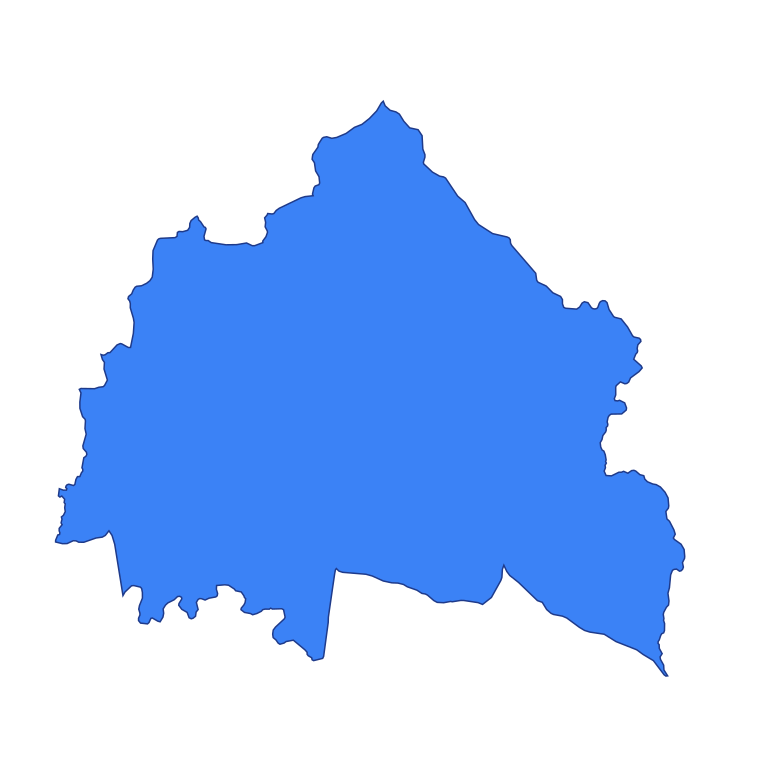 the district of Kaloleni, Coast, Kenya, rotated 185°
{"feature_id": "3690345B39012511095910", "entity_name": "Kaloleni", "entity_type": "district", "adm_level": 2, "iso_a3": "KEN", "parent_name": "Kenya", "parent_adm1": "Coast", "projection": "orthographic", "projection_center": [39.512, -3.773], "detail": "fine", "context": "isolated", "style": "filled", "palette": "blue", "viewbox_px": 768, "rotation_deg": 185, "n_neighbors": 0, "source": "geoboundaries", "source_scale": "gbopen_adm2", "svg_char_len": 6117}
<svg xmlns="http://www.w3.org/2000/svg" viewBox="0 0 768 768"><g transform="rotate(185 384 384)"><path d="M76.0,118.0L80.2,123.5L80.9,128.3L84.6,133.8L85.2,136.2L83.4,139.6L86.7,144.6L87.2,148.4L88.4,149.5L88.4,151.4L87.5,153.0L86.4,157.7L85.5,159.5L83.7,160.5L83.1,162.8L83.6,169.8L84.9,172.9L84.7,174.7L85.7,178.8L85.4,181.0L83.2,186.2L81.3,188.6L81.2,192.7L82.9,200.3L81.9,205.9L81.8,218.9L80.4,223.5L78.9,224.6L76.4,225.1L73.3,223.3L71.8,223.8L70.4,225.4L69.8,227.7L71.1,232.1L69.4,236.5L69.4,238.5L70.6,245.3L74.1,250.3L81.1,254.4L82.3,255.8L80.8,259.8L82.5,264.0L87.6,272.1L90.4,274.3L92.1,281.6L89.9,285.1L89.7,287.4L91.1,295.3L94.6,300.7L99.7,305.5L104.1,307.5L107.5,307.8L113.1,309.6L115.9,312.0L117.2,315.3L121.2,316.0L125.6,319.2L127.5,319.8L129.8,319.3L133.3,316.4L137.7,317.9L139.8,316.8L142.3,316.6L149.4,312.3L154.8,312.2L157.1,316.4L156.1,319.9L156.7,322.3L155.6,324.6L156.5,326.0L156.1,327.7L157.4,332.8L159.1,336.3L161.0,337.3L162.6,340.1L163.5,344.4L162.0,347.6L161.5,351.7L159.0,355.6L158.6,357.5L158.9,360.0L157.6,361.7L157.5,363.4L158.4,365.7L157.9,370.3L156.8,372.4L155.1,373.8L144.6,374.9L140.4,379.2L140.3,381.3L142.6,386.2L147.9,388.3L149.8,387.5L152.4,387.6L153.3,389.4L152.2,393.3L152.9,401.1L152.5,402.6L148.7,406.7L144.1,405.2L142.2,405.7L140.4,407.3L138.9,411.6L131.0,418.6L128.2,422.5L129.3,424.4L137.4,430.4L135.8,435.7L134.5,437.4L134.2,439.0L134.9,441.5L134.5,445.2L131.8,448.8L132.3,450.7L133.8,451.9L139.0,452.6L140.6,453.7L146.3,462.0L153.4,469.5L160.2,470.6L161.4,471.5L166.3,477.8L168.9,484.5L171.0,486.1L173.5,486.1L175.6,484.9L176.6,483.1L177.6,479.2L178.5,477.8L180.4,477.1L182.7,477.3L184.2,478.3L187.9,482.8L191.6,483.4L193.7,481.9L195.8,477.7L198.6,475.4L209.7,475.3L211.6,476.0L213.2,479.4L213.6,483.7L215.7,486.6L223.8,489.6L230.9,495.7L239.4,498.8L240.9,500.6L242.5,507.5L268.8,533.1L270.2,535.3L270.8,538.8L272.1,540.4L274.2,541.2L288.9,543.3L303.7,551.1L308.1,555.7L319.0,571.8L327.0,577.6L340.6,594.5L342.7,595.5L346.7,595.9L354.2,599.3L363.6,606.7L364.1,608.3L363.0,613.5L363.2,616.0L365.8,621.4L367.7,634.7L372.2,640.3L380.7,641.4L387.1,647.4L392.2,654.2L395.8,656.1L401.8,657.2L407.1,661.2L409.4,665.7L411.2,663.6L415.1,655.4L421.7,647.2L428.6,640.7L435.8,637.1L443.6,630.3L452.6,625.5L457.4,624.2L462.6,625.3L465.8,624.4L467.0,623.4L469.1,619.4L470.3,616.9L470.5,614.1L474.9,606.5L475.1,604.3L475.2,601.6L472.6,598.4L470.7,590.3L466.8,584.8L465.6,578.6L466.2,576.9L469.8,575.2L470.9,573.3L471.8,566.9L471.0,565.4L479.0,563.8L483.0,562.2L503.6,550.0L506.5,547.5L508.6,544.2L510.3,543.6L514.7,543.7L515.2,542.1L517.4,539.1L516.0,534.7L516.1,530.2L513.6,526.3L513.3,524.8L514.4,520.5L517.2,515.9L517.0,514.3L524.9,510.5L527.3,510.3L533.2,512.5L542.8,510.0L553.5,508.9L568.5,509.8L571.7,511.6L573.9,511.4L575.3,511.9L576.2,515.4L574.8,523.0L575.6,524.4L577.0,524.8L581.0,529.8L582.9,531.2L583.6,533.4L584.8,534.9L586.8,533.6L590.4,530.0L591.4,527.0L591.3,523.1L593.0,520.0L597.8,518.2L601.5,518.1L603.0,517.0L603.1,513.0L604.9,511.6L619.5,509.6L621.1,508.9L622.2,507.6L625.7,496.7L625.3,488.4L623.9,478.3L624.2,470.2L626.2,466.5L629.3,463.6L634.2,460.7L638.9,459.8L640.4,458.7L642.0,455.7L643.2,451.8L646.1,448.9L646.5,446.6L644.6,444.5L643.7,442.0L643.4,437.8L639.4,427.7L638.3,423.5L638.1,412.6L639.7,398.3L641.9,398.1L648.7,401.1L650.3,401.3L653.4,399.6L659.7,391.4L661.8,391.1L664.4,388.8L666.3,388.2L668.5,388.7L666.6,383.8L664.4,381.2L664.2,374.5L659.9,363.8L662.3,358.1L663.6,356.8L667.8,355.9L671.9,354.1L685.5,353.1L687.1,352.1L685.1,348.7L685.4,339.5L684.8,333.2L681.4,325.2L678.6,322.7L678.2,321.0L678.0,313.5L676.3,308.1L678.6,296.1L678.0,293.5L674.5,290.1L673.9,287.9L674.7,286.0L676.6,284.4L677.6,274.2L676.7,272.9L676.5,271.0L677.7,269.2L678.9,265.3L681.3,265.0L682.6,262.0L683.2,257.0L684.5,255.8L689.2,256.7L690.9,256.0L691.9,254.6L692.1,253.1L690.8,252.1L691.1,250.6L694.2,250.3L698.3,251.4L698.6,244.2L697.0,243.1L695.2,244.3L692.1,241.4L692.3,238.0L691.1,236.8L691.3,232.9L690.4,229.1L691.9,225.3L693.8,223.4L693.0,221.3L693.6,217.5L692.4,215.8L695.0,211.9L694.8,209.4L693.9,207.5L694.1,205.8L695.8,205.2L697.5,199.8L697.4,198.0L690.4,196.9L685.8,197.4L679.9,200.8L677.1,200.9L674.3,199.8L669.2,200.2L657.4,205.5L651.3,206.9L648.4,208.9L645.2,213.8L641.7,209.4L638.3,200.9L625.6,150.5L623.9,154.2L617.9,161.0L615.6,161.4L608.9,160.4L607.6,159.1L606.5,155.2L606.0,149.6L608.3,142.0L608.7,138.3L607.2,134.5L607.0,132.6L608.1,129.3L607.9,126.9L605.7,124.6L598.7,124.4L597.3,125.9L595.8,130.2L594.4,130.7L588.6,128.0L586.3,127.6L583.9,132.5L583.5,136.4L584.4,140.7L582.4,144.7L580.2,147.1L574.2,150.8L571.1,154.3L568.9,154.7L567.1,153.8L566.7,152.3L569.1,147.5L569.2,145.7L565.8,141.9L560.2,139.3L557.8,134.2L555.6,133.3L553.8,134.0L551.5,136.2L551.3,140.4L549.5,143.1L551.9,150.1L550.4,153.2L548.9,154.2L547.0,154.2L543.4,153.2L539.6,155.4L533.0,157.2L531.7,158.5L531.5,160.8L533.1,164.9L533.2,168.7L525.0,170.1L521.3,170.0L515.2,166.7L513.8,165.1L508.1,164.4L505.1,160.8L504.4,159.1L503.1,158.1L503.3,154.3L504.2,151.9L506.7,148.2L506.8,146.7L503.1,144.3L497.0,143.7L494.7,142.7L490.6,144.3L486.4,146.9L485.2,148.6L482.9,149.4L478.7,149.7L477.4,150.8L475.5,150.1L466.3,151.2L464.4,150.4L462.2,143.1L462.8,141.4L470.9,132.4L472.9,129.2L473.1,125.1L472.3,121.7L469.3,119.6L466.8,116.6L465.0,115.7L461.0,117.2L459.1,118.9L452.0,120.9L439.6,112.3L437.2,110.0L437.0,108.0L435.8,106.7L432.2,105.0L431.6,103.0L430.0,102.3L421.2,105.3L420.4,107.4L418.8,141.6L419.1,146.8L417.4,177.2L416.6,190.8L416.2,194.6L415.4,196.0L412.6,193.7L408.8,192.8L385.4,192.9L378.9,191.7L367.6,187.7L358.8,186.6L352.8,186.9L347.1,186.0L343.1,184.0L333.3,181.5L328.0,178.7L324.5,178.4L322.3,177.5L315.5,172.6L312.0,171.1L305.5,171.3L298.7,173.2L297.1,173.0L288.6,175.1L285.6,175.3L271.2,174.4L266.6,173.0L258.4,180.7L250.5,198.4L249.7,201.6L249.9,209.8L248.8,213.9L245.3,207.9L242.0,204.2L232.6,198.0L212.3,181.6L207.3,180.3L202.3,173.5L197.6,170.1L195.1,169.2L186.0,168.3L181.5,166.8L168.1,158.6L162.8,156.0L157.3,154.8L142.8,153.9L130.4,147.6L109.2,141.3L102.2,137.1L91.5,131.9L79.6,118.7L77.7,117.6L76.0,118.0Z" fill="#3b82f6" stroke="#1e3a8a" stroke-width="1.5"/></g></svg>